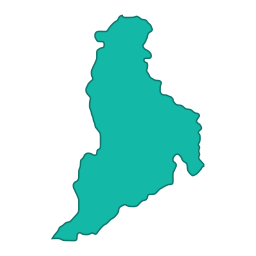 Janico, Santiago, Dominican Republic
{"feature_id": "3306468B30631228592753", "entity_name": "Janico", "entity_type": "district", "adm_level": 2, "iso_a3": "DOM", "parent_name": "Dominican Republic", "parent_adm1": "Santiago", "projection": "natural_earth1", "projection_center": [-70.782, 19.24], "detail": "fine", "context": "isolated", "style": "filled", "palette": "teal", "viewbox_px": 256, "rotation_deg": 0, "n_neighbors": 0, "source": "geoboundaries", "source_scale": "gbopen_adm2", "svg_char_len": 5771}
<svg xmlns="http://www.w3.org/2000/svg" viewBox="0 0 256 256"><path d="M171.1,97.0L169.4,96.5L167.6,95.6L166.8,95.3L166.0,95.1L163.4,94.9L162.6,94.7L161.9,94.3L161.2,93.7L160.7,93.0L160.3,92.1L160.2,91.1L160.1,90.1L160.2,88.0L160.3,86.4L160.5,85.4L161.2,83.2L161.2,82.4L160.8,81.7L160.3,81.2L159.9,81.0L159.2,80.7L156.2,80.4L154.9,80.2L151.7,78.4L151.0,78.0L150.4,77.4L149.8,76.7L148.7,74.3L146.9,71.6L146.6,70.8L146.6,70.0L147.2,68.1L147.4,66.8L147.5,65.4L147.4,64.0L147.1,63.2L146.6,62.7L145.0,62.1L144.5,61.7L144.2,61.4L144.0,60.7L144.0,59.9L144.0,59.4L144.5,58.7L145.2,58.3L146.4,58.2L149.0,58.3L149.8,58.1L150.2,58.0L150.6,57.7L151.0,56.9L151.2,56.1L151.1,55.2L150.9,54.2L150.7,53.8L150.2,53.0L149.6,52.2L148.5,51.3L147.8,50.7L145.8,49.7L145.1,49.2L143.8,48.0L143.3,47.2L142.9,46.4L142.9,45.5L143.3,44.7L144.8,42.6L145.3,41.8L146.9,38.1L147.2,37.2L147.7,34.9L148.2,33.7L148.7,33.0L149.3,32.5L151.2,31.3L151.7,30.8L152.1,30.1L152.2,29.3L152.0,28.6L151.1,26.3L150.7,25.5L150.2,24.8L149.6,24.2L148.1,23.0L147.0,21.4L146.5,20.8L145.5,20.1L144.7,19.8L142.2,19.4L141.1,19.1L140.5,18.7L139.5,17.7L137.3,16.5L136.7,16.4L136.3,16.4L134.3,17.1L132.4,17.4L128.0,17.5L125.1,17.5L123.8,17.3L123.1,16.9L122.6,16.4L122.2,15.4L120.6,15.9L119.7,16.6L118.9,17.6L118.2,19.2L117.5,20.2L116.6,21.0L115.1,21.8L114.3,22.4L112.9,23.7L111.1,25.6L109.5,27.6L108.6,28.8L107.7,30.3L107.2,30.9L106.8,31.1L106.0,31.4L105.1,31.5L99.3,31.4L98.4,31.4L97.5,31.6L96.6,32.0L96.0,32.5L95.5,33.2L95.1,34.1L95.0,35.5L95.0,36.5L95.2,37.4L95.8,38.6L96.6,40.0L97.3,41.0L97.7,41.2L98.5,41.5L102.0,41.6L102.8,41.8L103.2,41.9L103.5,42.2L103.8,42.6L104.0,43.0L104.2,44.0L104.2,45.4L104.0,46.4L103.8,46.8L103.2,47.4L102.5,47.7L100.6,48.2L99.9,48.5L98.0,49.7L97.4,50.3L97.2,50.7L96.9,51.5L96.8,52.5L96.8,57.7L96.7,58.7L96.4,59.7L95.4,62.1L94.7,63.8L93.5,66.1L92.8,67.8L91.9,69.8L91.5,71.2L91.4,72.8L91.5,74.4L91.8,75.9L92.5,77.4L92.7,78.1L92.7,78.9L92.7,79.3L92.3,80.0L90.2,81.7L89.2,82.8L88.3,83.9L86.4,87.9L86.1,88.8L86.0,90.3L86.2,91.7L86.6,92.6L87.4,93.9L89.9,96.8L90.3,97.6L90.5,98.0L90.5,98.9L89.9,101.2L89.7,102.7L89.6,105.3L89.7,107.4L90.0,108.4L91.1,111.3L91.8,114.5L92.8,116.9L93.5,120.2L93.7,121.0L94.6,123.1L95.3,126.3L95.6,127.2L96.2,128.0L99.3,131.9L99.8,132.8L100.2,133.7L100.4,135.3L100.5,137.4L100.5,145.0L100.5,146.5L100.3,147.5L100.0,148.3L99.8,148.7L99.2,149.1L97.8,149.8L97.3,150.4L97.1,151.2L96.7,153.9L96.3,154.7L96.0,154.9L95.6,155.1L94.9,155.3L93.7,155.1L93.0,154.8L91.2,153.8L89.9,153.4L88.0,153.2L86.6,153.5L85.8,153.9L84.9,154.8L84.4,155.5L83.7,157.0L83.2,157.7L82.5,158.6L81.4,159.6L80.9,160.3L80.6,161.6L80.4,165.2L80.2,166.7L79.9,167.6L79.1,169.7L78.9,170.6L78.8,172.7L78.7,176.9L78.7,177.9L78.5,178.9L78.1,179.8L77.3,180.8L76.7,181.3L74.9,182.2L74.1,183.1L73.7,183.8L73.5,184.3L73.3,185.2L73.4,186.7L73.7,188.0L74.7,189.9L75.4,191.7L76.6,194.0L77.3,195.7L78.2,197.7L78.6,199.1L78.8,201.6L78.8,208.5L78.6,210.8L78.4,212.0L77.7,213.2L76.9,214.3L72.2,219.5L70.6,221.1L69.9,221.6L69.1,221.9L66.7,222.5L65.8,222.9L65.2,223.3L62.6,225.6L60.8,226.6L60.1,227.1L59.6,227.7L59.1,228.4L58.4,230.1L57.8,231.2L54.0,235.7L52.3,238.5L56.2,238.4L59.1,238.5L60.4,238.9L62.6,240.0L63.5,240.3L64.5,240.4L66.9,240.5L74.4,240.6L75.7,240.4L76.3,239.9L76.6,239.5L76.8,238.7L77.0,236.1L77.2,234.7L77.4,234.3L77.9,233.6L78.5,233.1L78.8,232.9L79.7,232.7L80.5,232.9L82.9,234.2L83.7,234.4L85.1,234.5L86.8,234.6L88.6,234.4L89.4,234.1L91.2,233.2L91.9,233.0L93.1,233.2L95.0,234.1L95.7,234.1L96.0,234.0L96.6,233.6L98.0,231.6L99.8,229.3L101.4,227.4L102.8,226.0L103.8,225.1L105.7,224.1L106.4,223.6L107.5,222.7L110.4,219.7L111.5,218.9L113.0,218.1L113.7,217.6L114.7,216.7L116.0,215.3L117.2,213.8L117.9,212.6L118.3,211.8L118.8,209.0L119.1,208.2L119.9,207.2L120.5,206.6L123.7,204.9L124.5,204.7L125.3,204.7L126.1,205.0L127.4,205.7L128.2,206.1L129.9,206.4L132.1,206.5L134.4,206.5L135.7,206.3L136.5,206.0L137.3,205.6L138.0,205.0L140.5,202.3L141.6,201.4L142.7,200.7L145.1,200.1L145.5,199.9L146.2,199.5L146.7,198.8L147.1,198.1L147.7,195.7L148.1,195.1L148.4,194.8L148.7,194.6L149.5,194.4L153.3,194.3L154.6,193.9L155.4,193.5L156.1,192.9L158.6,190.2L159.6,189.2L160.4,188.7L161.9,187.9L163.6,186.8L167.6,184.8L168.9,184.5L170.9,184.4L172.0,184.0L172.3,183.7L172.6,183.4L172.7,183.0L172.9,182.1L173.0,180.6L172.9,175.4L173.0,173.8L173.1,172.8L173.4,171.9L174.4,170.0L175.1,168.3L175.8,166.8L176.1,166.0L176.2,165.6L176.1,164.6L176.0,164.2L175.6,163.5L174.9,162.6L173.7,161.8L173.2,161.2L173.0,160.3L172.9,159.0L173.1,158.0L173.8,156.7L175.0,155.3L176.1,154.4L177.0,154.2L177.8,154.2L178.7,154.5L179.4,155.1L180.3,156.1L181.2,157.3L181.6,158.1L182.3,159.8L183.0,160.8L184.0,161.6L185.4,162.5L186.3,163.3L186.8,164.0L187.1,164.8L187.3,165.8L187.5,169.1L187.9,170.5L188.7,171.8L189.8,173.3L191.1,174.6L192.1,175.3L192.8,175.6L193.5,175.5L195.9,174.3L196.7,173.8L198.0,172.6L199.9,170.4L201.1,169.0L201.9,167.5L202.4,166.9L203.0,166.6L203.7,166.3L203.7,164.3L199.6,159.7L199.1,158.9L198.8,158.1L198.7,157.7L198.7,156.9L199.4,155.2L199.5,154.5L199.4,153.7L198.8,151.9L198.7,150.6L198.9,149.8L199.4,148.3L199.5,147.2L199.3,146.5L198.5,145.4L198.3,144.8L198.4,144.0L199.4,142.1L199.7,141.2L200.0,139.7L200.1,138.1L200.0,136.5L199.8,135.1L199.4,134.4L198.5,133.2L198.3,132.6L198.3,132.2L198.7,131.5L199.2,130.9L199.8,130.3L200.6,129.7L201.1,129.2L201.4,128.5L201.4,127.6L201.0,126.5L199.8,124.5L199.2,124.0L198.2,123.6L196.4,121.5L196.7,120.2L197.1,119.3L198.9,116.8L199.2,116.0L199.3,115.6L199.1,114.8L198.6,114.2L198.0,113.7L197.6,113.5L195.2,113.0L194.4,112.6L193.7,112.1L191.6,110.3L190.8,109.8L189.6,109.4L186.6,109.1L185.7,108.8L184.6,108.0L182.5,106.2L181.7,105.7L180.5,105.3L177.5,105.0L176.2,104.5L175.5,104.0L174.2,102.6L173.7,101.8L173.2,100.9L172.9,99.0L171.1,97.0Z" fill="#14b8a6" stroke="#0f766e" stroke-width="1.5"/></svg>